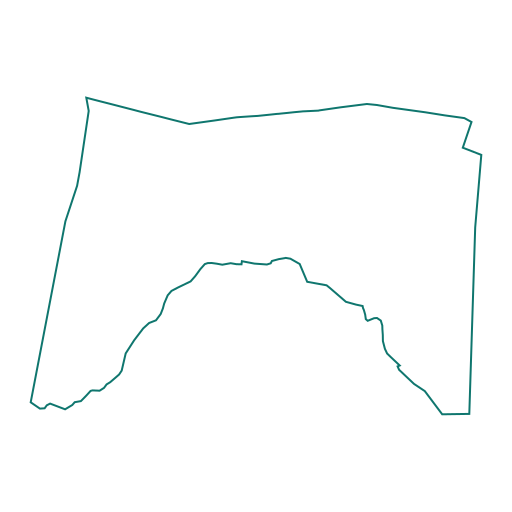 the district of Santiago Apóstol, Oaxaca, Mexico
{"feature_id": "50627088B59786847930457", "entity_name": "Santiago Apóstol", "entity_type": "district", "adm_level": 2, "iso_a3": "MEX", "parent_name": "Mexico", "parent_adm1": "Oaxaca", "projection": "albers", "projection_center": [-96.73, 16.793], "detail": "fine", "context": "isolated", "style": "outline", "palette": "teal", "viewbox_px": 512, "rotation_deg": 0, "n_neighbors": 0, "source": "geoboundaries", "source_scale": "gbopen_adm2", "svg_char_len": 1652}
<svg xmlns="http://www.w3.org/2000/svg" viewBox="0 0 512 512"><path d="M65.4,221.3L30.7,402.3L39.9,408.6L44.6,408.3L46.8,405.3L50.1,403.6L65.1,409.3L72.3,405.0L74.7,402.2L80.9,401.1L86.3,395.6L90.6,390.9L92.5,390.4L99.6,390.7L104.0,387.9L106.6,384.4L110.2,382.2L115.9,377.3L119.1,374.5L121.7,370.6L125.7,353.4L134.2,340.2L143.2,328.4L149.1,323.0L156.0,320.3L160.7,314.0L162.9,308.4L164.2,303.5L167.7,295.3L171.5,290.9L178.0,287.5L190.6,281.4L195.1,276.3L200.3,269.2L204.8,264.1L207.7,263.1L211.7,263.0L216.8,263.7L222.3,264.7L230.7,263.2L236.5,264.2L241.5,264.3L241.9,261.2L254.4,263.6L266.9,264.5L270.7,263.3L271.9,261.0L278.9,259.1L282.6,258.5L284.9,258.1L285.7,257.9L290.4,258.7L299.7,264.0L307.2,281.8L326.6,285.3L329.8,287.9L345.9,301.8L356.0,304.6L362.6,306.0L363.0,308.0L363.9,310.1L365.2,314.7L365.8,319.1L367.7,320.8L374.1,318.2L377.0,318.0L380.8,320.6L382.3,325.6L382.4,329.3L382.8,335.0L382.9,341.1L384.9,348.8L387.1,353.5L390.5,356.8L399.7,365.5L397.6,366.4L399.1,369.8L414.0,383.9L424.8,391.1L442.2,414.3L469.3,413.9L475.2,227.4L481.3,154.9L462.8,147.7L471.5,122.0L464.4,118.1L444.9,115.4L425.4,112.3L392.8,107.8L376.9,105.0L366.9,104.0L340.7,107.3L319.2,110.4L318.7,110.6L316.8,110.7L314.8,110.8L312.6,110.9L310.7,111.0L302.3,111.4L301.6,111.5L294.1,112.2L287.6,112.9L280.5,113.6L278.8,113.8L277.0,113.9L269.5,114.7L260.7,115.6L257.9,115.9L251.0,116.3L239.2,117.1L236.7,117.3L233.7,117.7L214.5,120.5L212.3,120.8L189.2,124.0L171.3,119.5L161.2,116.9L141.2,111.9L137.0,110.8L134.0,110.0L111.9,104.3L100.9,101.5L91.2,99.0L86.3,97.7L88.7,110.9L88.7,111.0L79.6,172.2L77.1,185.8L65.4,221.3Z" fill="none" stroke="#0f766e" stroke-width="2"/></svg>